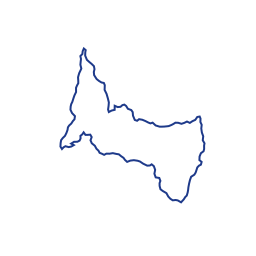 Canelinha, Santa Catarina, Brazil (Robinson projection), rotated 150°
{"feature_id": "56859067B33823737687392", "entity_name": "Canelinha", "entity_type": "district", "adm_level": 2, "iso_a3": "BRA", "parent_name": "Brazil", "parent_adm1": "Santa Catarina", "projection": "robinson", "projection_center": [-48.796, -27.247], "detail": "fine", "context": "isolated", "style": "outline", "palette": "blue", "viewbox_px": 256, "rotation_deg": 150, "n_neighbors": 0, "source": "geoboundaries", "source_scale": "gbopen_adm2", "svg_char_len": 2316}
<svg xmlns="http://www.w3.org/2000/svg" viewBox="0 0 256 256"><g transform="rotate(150 128 128)"><path d="M133.3,214.1L134.2,211.3L135.9,209.0L137.6,206.6L138.7,202.8L140.5,201.5L142.7,200.0L144.3,198.5L145.9,196.9L147.5,193.7L148.7,191.6L150.6,190.5L152.9,188.8L155.0,185.1L158.1,183.0L160.5,180.9L163.1,178.5L165.2,177.1L166.9,175.3L168.7,172.6L169.0,168.9L168.0,164.8L170.0,162.3L172.2,161.6L174.9,160.2L177.7,159.6L179.7,158.6L181.3,156.6L183.8,154.5L186.5,152.7L189.6,151.9L192.0,150.9L193.9,148.6L195.8,145.7L195.7,142.8L193.5,143.5L191.3,143.5L188.9,141.1L186.4,140.3L183.5,140.3L185.0,142.9L181.6,143.0L178.7,141.4L176.2,141.3L174.3,142.7L173.1,145.0L170.9,145.3L168.6,146.4L168.3,143.3L166.5,142.3L164.0,141.1L164.0,138.3L166.6,136.1L167.0,132.9L165.6,129.2L165.7,125.8L164.9,123.1L165.0,120.7L163.5,118.8L162.1,116.7L159.6,116.6L156.9,115.0L153.7,113.8L151.1,111.4L149.1,109.8L148.0,106.9L146.8,104.4L146.6,102.0L145.7,99.1L142.3,98.6L139.0,97.2L136.0,94.8L134.4,93.0L132.7,89.5L130.2,85.8L127.8,84.6L125.7,84.7L124.7,82.0L125.4,78.2L128.0,75.2L128.7,71.4L125.9,69.1L126.4,66.0L128.2,64.5L129.6,62.0L130.5,58.7L129.4,56.1L127.3,52.4L127.4,48.5L126.7,45.5L125.4,43.0L122.7,41.8L121.1,40.4L119.2,37.1L115.4,38.3L112.9,39.6L110.9,40.1L108.6,42.3L106.9,44.3L105.3,46.5L102.8,49.4L100.4,51.9L97.7,54.2L93.9,54.4L91.7,55.6L90.0,57.1L87.7,59.2L85.3,59.9L83.2,59.8L81.2,61.8L82.2,64.5L80.3,67.5L77.5,69.7L74.2,70.1L72.6,71.7L70.9,74.7L69.4,76.5L69.4,80.0L67.0,83.2L66.3,87.1L64.8,90.9L62.6,93.9L62.3,97.0L60.5,99.9L60.2,102.1L62.5,102.9L65.7,101.4L68.8,101.7L71.9,101.5L73.7,104.1L76.7,104.3L79.6,104.9L81.9,107.4L84.3,108.9L86.7,108.8L88.9,108.9L91.8,109.3L94.1,110.3L96.3,111.3L99.9,113.3L102.8,116.4L104.0,120.3L106.3,120.8L107.7,122.6L109.5,125.4L111.5,128.0L114.0,130.1L116.5,129.7L118.1,131.6L117.5,136.2L116.0,139.4L116.2,141.9L118.5,144.7L118.6,148.0L119.5,150.1L121.4,150.6L123.9,150.1L126.5,151.3L128.4,153.9L130.5,150.4L133.5,151.3L136.6,151.4L136.0,154.0L133.8,156.8L131.8,159.7L130.6,163.8L129.5,168.3L129.2,172.7L126.7,176.7L126.4,179.1L128.2,180.7L129.6,183.3L130.7,186.1L130.9,190.7L129.6,193.6L127.6,195.7L126.6,198.6L127.5,201.8L128.5,204.5L129.5,207.6L128.9,212.1L127.1,215.0L125.7,216.6L126.5,218.9L128.9,217.1L130.5,214.9L133.3,214.1Z" fill="none" stroke="#1e3a8a" stroke-width="2"/></g></svg>